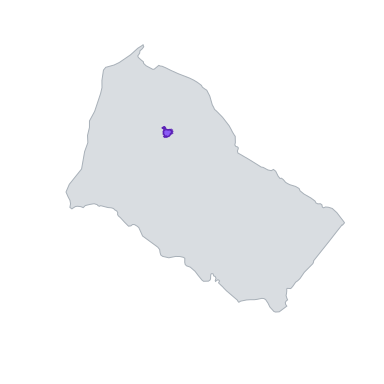 Atwima Nwabiagya South, Ashanti, Ghana (highlighted), rotated 129°
{"feature_id": "2480657B44972771575405", "entity_name": "Atwima Nwabiagya South", "entity_type": "district", "adm_level": 2, "iso_a3": "GHA", "parent_name": "Ghana", "parent_adm1": "Ashanti", "projection": "robinson", "projection_center": [-1.826, 6.689], "detail": "fine", "context": "in_parent", "style": "filled", "palette": "violet", "viewbox_px": 384, "rotation_deg": 129, "n_neighbors": 0, "source": "geoboundaries", "source_scale": "gbopen_adm2", "svg_char_len": 4809}
<svg xmlns="http://www.w3.org/2000/svg" viewBox="0 0 384 384"><g transform="rotate(129 192 192)"><path d="M230.2,48.8L232.7,51.5L233.3,53.1L232.4,59.0L230.5,63.1L229.3,67.0L229.5,68.9L230.7,70.8L234.5,73.9L236.5,75.8L238.9,78.8L241.6,81.7L246.2,85.5L248.2,86.2L248.1,87.3L247.5,88.7L247.1,102.9L246.7,106.6L246.4,108.4L246.0,113.7L245.5,114.4L244.6,114.4L243.8,114.6L243.6,115.6L243.9,116.7L246.7,117.5L246.1,118.3L244.0,119.0L243.1,120.6L243.5,122.4L242.4,123.9L242.7,124.9L243.4,125.6L244.6,125.3L247.9,122.9L249.2,122.6L250.9,123.1L254.1,126.8L254.2,128.7L252.9,134.9L251.7,139.7L251.5,146.1L252.8,149.7L252.6,151.7L251.2,153.4L248.0,155.9L248.2,157.6L249.7,160.7L252.4,164.2L257.7,168.6L260.5,174.3L260.6,176.6L259.0,178.9L257.1,180.9L256.4,183.8L257.3,202.7L253.1,211.0L253.1,213.3L253.5,216.1L254.6,217.7L256.8,218.2L258.5,219.8L257.9,225.5L257.0,231.5L256.9,234.3L256.3,235.7L254.7,236.8L254.1,238.6L254.5,240.9L254.2,242.6L255.1,244.8L257.0,247.6L260.1,254.4L261.3,254.9L261.8,256.3L261.5,257.7L262.7,260.7L266.1,263.7L269.7,266.4L272.6,266.7L273.3,269.1L275.2,272.1L276.6,273.4L278.8,274.2L280.7,274.7L280.8,277.2L277.5,279.0L275.3,281.6L273.6,285.5L271.3,289.9L263.2,292.2L260.1,292.2L243.6,292.3L228.1,300.9L219.2,304.0L213.8,308.8L206.4,312.3L201.3,316.4L190.6,318.4L173.0,325.0L167.6,327.6L162.0,332.2L153.0,337.5L149.4,337.5L142.4,332.5L137.1,330.0L124.1,326.1L114.4,324.6L109.7,323.0L108.4,322.7L109.5,320.9L112.2,320.8L115.0,321.3L117.2,320.0L120.4,319.8L121.2,318.4L121.4,314.7L121.4,311.8L122.5,310.5L122.8,307.1L121.3,299.5L120.1,298.6L114.5,297.5L114.1,296.0L113.1,294.4L112.0,290.5L110.7,284.6L108.8,277.4L105.0,265.5L104.0,261.2L103.4,256.9L103.2,251.8L104.0,249.9L103.9,247.2L103.6,244.6L106.3,238.5L111.5,231.1L112.6,228.4L113.6,226.5L113.7,223.9L114.7,215.2L117.2,204.7L118.8,200.8L119.8,198.6L121.1,195.1L121.5,193.5L126.3,189.4L128.5,188.3L129.0,186.7L128.3,184.9L128.6,183.7L129.8,183.1L131.5,182.6L132.8,180.9L130.8,168.0L129.2,155.1L129.1,154.0L128.1,152.2L127.1,146.9L125.5,143.8L123.2,142.9L123.2,140.0L125.5,135.0L126.1,132.1L125.0,131.2L124.9,129.0L125.6,125.3L125.3,123.1L124.8,120.7L122.5,115.0L121.9,111.0L123.1,108.7L123.1,103.6L121.8,95.7L121.6,90.7L122.5,88.7L122.0,86.7L120.3,84.8L120.2,83.0L121.7,81.2L121.5,79.8L119.6,78.8L118.0,76.4L116.5,72.6L116.9,66.4L119.6,55.1L120.0,54.1L123.1,54.2L123.1,54.7L132.8,54.6L143.8,54.4L157.1,54.3L169.1,54.2L169.6,53.6L171.6,53.0L183.7,54.2L191.3,53.6L194.5,54.0L196.9,54.7L202.1,54.3L204.9,54.5L207.0,57.4L207.9,57.3L209.1,56.2L211.2,54.8L213.3,53.7L214.8,51.5L215.7,49.8L217.1,50.2L219.1,50.0L220.4,48.6L221.0,46.5L230.2,48.8Z" fill="#d9dde1" stroke="#a8b0b8" stroke-width="1"/><path d="M164.8,250.9L165.0,250.7L164.9,250.6L164.9,250.3L164.9,250.2L165.0,249.9L165.1,249.7L165.2,249.2L165.3,249.1L165.4,248.9L165.5,248.7L165.6,248.4L166.0,248.4L166.0,248.7L166.6,248.7L166.5,247.6L166.2,247.6L165.8,247.5L165.8,247.3L165.1,247.3L165.1,247.2L164.9,247.2L164.7,247.1L164.7,246.9L164.8,246.9L164.9,246.7L165.0,246.7L165.4,246.7L165.5,246.6L165.2,246.1L164.3,245.8L163.0,245.0L162.1,244.9L161.5,245.0L161.4,245.0L161.1,245.0L160.9,245.0L160.7,245.0L160.5,245.3L160.4,245.4L160.2,245.4L160.1,245.2L159.9,245.2L159.9,244.9L159.7,244.8L159.6,244.6L159.4,244.7L159.2,244.6L158.9,244.5L158.7,244.4L158.7,244.5L158.6,244.8L158.5,244.7L158.4,244.7L158.4,244.8L158.4,245.0L158.3,245.3L158.3,245.5L158.3,245.4L158.2,245.5L158.0,245.8L157.9,245.8L157.8,245.7L157.7,245.7L157.4,245.7L157.5,245.9L157.4,245.8L157.4,246.0L157.4,246.3L157.2,246.3L157.2,246.5L157.1,246.8L157.0,246.7L157.0,246.8L156.9,246.8L157.0,246.9L156.9,246.9L156.9,247.0L156.9,247.3L156.8,247.5L157.0,247.5L157.2,247.8L157.3,248.0L157.5,248.3L157.4,248.3L157.5,248.4L157.5,248.5L157.7,248.8L157.8,248.9L158.2,249.0L158.3,249.1L158.4,249.3L158.5,249.3L158.5,249.5L158.7,249.8L158.8,249.8L159.1,250.0L159.2,250.3L159.3,250.7L159.3,250.8L159.4,251.1L159.5,251.1L159.7,251.3L159.9,251.4L159.8,251.5L159.8,251.8L159.7,251.9L159.6,252.0L159.4,252.3L159.3,252.5L159.2,252.8L159.1,253.0L158.9,253.1L158.9,253.3L158.9,253.5L158.7,253.9L158.7,254.0L158.7,254.3L158.8,254.4L158.7,254.5L158.8,254.7L158.9,254.8L159.1,254.8L159.2,254.7L159.4,254.9L159.5,254.9L159.7,255.0L159.7,254.9L159.8,255.0L160.0,255.0L160.3,255.2L160.4,255.3L160.5,255.3L160.7,255.5L160.8,255.5L160.9,255.4L161.0,255.2L160.8,255.0L160.8,254.9L160.8,254.7L160.7,254.7L160.5,254.4L160.5,254.2L160.5,253.9L160.5,253.7L160.4,253.7L160.4,253.4L160.6,253.4L160.9,253.2L161.1,253.1L161.4,252.9L161.4,252.7L161.5,252.6L161.4,252.5L161.5,252.4L161.7,252.5L161.8,252.5L162.0,252.5L162.0,252.4L162.3,252.4L162.5,252.3L162.9,252.4L163.0,252.4L163.3,252.2L163.5,252.0L163.6,251.8L163.7,251.7L163.9,251.5L164.0,251.4L164.0,251.2L164.3,251.2L164.7,250.9L164.8,250.9Z" fill="#8b5cf6" stroke="#5b21b6" stroke-width="1.5"/></g></svg>